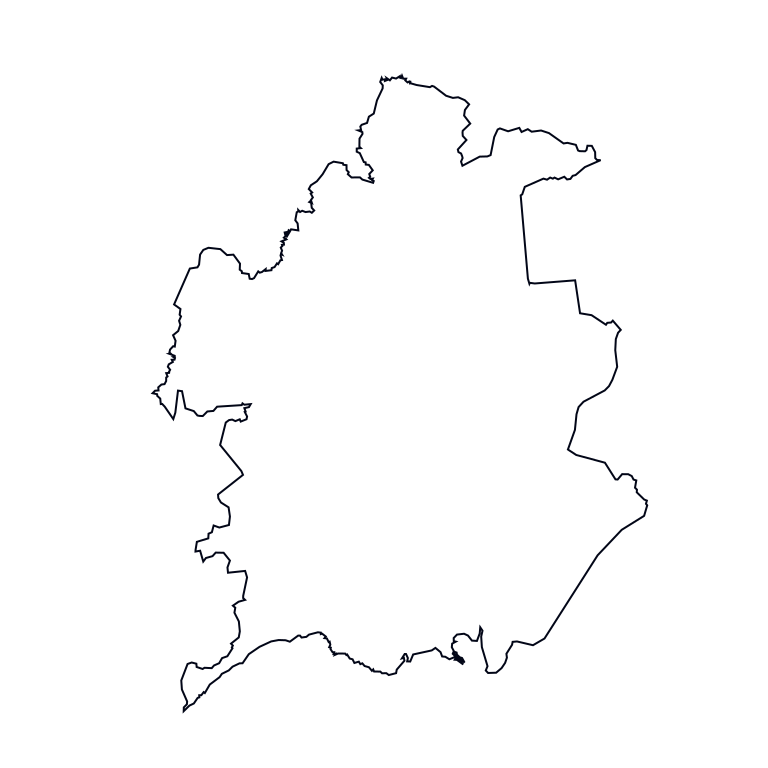 Mahates, Bolívar, Colombia, rotated 171°
{"feature_id": "7082276B15071329852388", "entity_name": "Mahates", "entity_type": "district", "adm_level": 2, "iso_a3": "COL", "parent_name": "Colombia", "parent_adm1": "Bolívar", "projection": "orthographic", "projection_center": [-75.154, 10.168], "detail": "fine", "context": "isolated", "style": "outline", "palette": "ink", "viewbox_px": 768, "rotation_deg": 171, "n_neighbors": 0, "source": "geoboundaries", "source_scale": "gbopen_adm2", "svg_char_len": 6146}
<svg xmlns="http://www.w3.org/2000/svg" viewBox="0 0 768 768"><g transform="rotate(171 384 384)"><path d="M135.0,571.2L138.5,571.9L140.0,574.0L139.2,580.0L141.5,586.7L145.8,587.5L147.4,583.4L149.0,582.4L154.4,583.4L155.8,584.3L157.1,590.2L165.1,593.5L169.0,593.5L181.8,606.0L189.2,609.8L198.7,610.1L202.1,613.2L208.7,611.4L210.3,615.8L221.9,614.2L229.5,618.3L231.9,617.6L236.5,610.7L242.9,593.4L246.3,592.6L253.9,593.6L272.4,587.3L273.1,591.6L271.0,594.9L271.2,596.9L271.8,599.6L274.2,601.4L274.4,604.1L264.4,612.1L267.4,616.7L267.1,620.1L266.6,621.8L258.1,627.7L262.9,636.6L261.2,642.0L256.2,646.9L259.8,651.7L265.9,655.6L271.2,655.8L277.6,659.0L288.0,669.9L289.9,670.9L292.2,670.0L305.0,674.2L310.8,676.9L310.6,679.3L311.5,677.6L311.9,678.8L313.6,678.2L315.5,680.6L314.4,682.1L317.3,682.6L318.0,685.7L319.3,683.5L320.6,684.2L320.3,685.5L324.3,683.8L328.1,685.4L330.7,683.0L333.4,685.6L332.9,683.8L335.6,683.2L335.1,684.8L337.9,684.8L338.4,686.7L340.5,682.9L338.5,679.2L339.1,676.2L346.6,665.2L351.8,652.7L357.1,650.4L359.9,644.5L365.5,643.5L367.1,642.0L366.9,638.4L369.8,638.5L366.0,636.2L366.1,634.4L369.8,630.2L371.2,622.2L370.0,620.6L374.1,620.8L374.6,617.7L371.8,615.8L369.2,606.4L367.5,605.8L367.7,603.6L364.7,602.8L361.7,596.8L365.7,593.7L365.2,590.8L366.6,590.0L365.3,588.6L362.9,588.6L363.9,587.3L362.4,586.1L363.3,584.4L373.4,589.3L375.4,591.8L383.8,593.1L386.9,596.9L385.7,598.7L387.5,601.2L386.8,606.0L389.9,606.9L390.1,608.5L399.0,611.5L404.3,609.8L411.8,600.8L418.6,594.7L425.2,591.7L427.8,588.3L425.0,584.4L426.6,583.6L425.1,579.4L427.4,577.1L427.0,574.6L428.4,576.0L429.3,575.4L427.6,574.4L427.8,569.3L425.8,566.3L428.5,564.4L430.4,566.0L434.6,566.1L437.7,567.9L440.0,567.0L441.5,569.3L441.7,567.8L443.3,567.3L446.0,559.6L444.2,556.1L444.6,549.1L451.6,551.3L452.8,549.7L454.1,550.8L455.1,548.9L453.8,548.5L456.5,545.3L456.4,549.3L458.4,549.2L458.1,545.5L460.0,544.2L457.9,542.1L462.9,540.9L460.9,539.2L461.0,537.3L463.0,537.4L462.8,536.2L464.6,534.9L463.8,531.6L465.1,529.4L464.4,527.7L465.5,528.4L466.1,527.1L465.4,522.4L467.0,522.4L469.8,518.9L470.8,519.9L473.8,516.6L476.7,516.1L477.4,514.0L483.3,514.2L482.9,516.0L487.0,513.7L489.3,513.4L490.6,514.9L495.8,508.9L497.9,508.3L500.2,509.0L500.4,513.8L506.9,515.8L506.8,517.6L508.6,519.5L507.4,525.4L512.5,535.3L518.9,535.9L524.5,542.8L536.1,546.0L541.5,544.7L545.4,540.6L548.0,530.8L550.0,528.4L557.7,528.4L578.9,495.4L573.3,489.9L575.0,484.4L573.9,482.5L576.5,478.5L575.9,474.3L579.0,468.5L584.7,465.2L583.1,459.3L584.8,453.7L586.3,454.3L589.9,451.5L591.0,448.7L590.1,447.6L591.5,447.5L586.3,444.6L586.4,443.4L587.7,443.5L586.4,442.3L587.1,440.8L589.8,441.1L589.1,438.8L593.5,437.1L594.8,434.8L593.0,431.5L594.8,429.2L593.7,428.6L597.4,428.8L596.6,425.3L598.1,424.5L598.7,421.0L600.8,418.2L603.9,418.3L607.5,416.0L607.7,412.9L611.2,413.2L614.0,411.1L609.7,409.4L609.8,407.7L607.3,404.6L607.6,399.1L606.2,399.0L604.1,395.9L597.6,382.3L594.6,388.3L588.5,409.7L584.6,408.5L583.9,391.0L576.1,387.0L573.2,382.1L571.4,381.4L568.0,380.7L562.8,384.5L556.7,384.1L552.4,387.7L527.8,385.4L526.8,387.0L525.2,385.4L518.8,385.0L521.0,382.3L525.7,382.0L525.0,378.4L525.9,378.2L524.3,373.3L525.3,370.7L531.4,369.3L532.0,371.7L536.6,370.6L539.5,372.6L542.7,372.6L546.3,370.7L555.4,349.4L538.5,320.3L537.5,316.3L565.2,300.8L565.5,297.2L563.6,292.5L556.8,286.5L556.9,277.2L559.2,269.0L569.1,268.0L574.4,270.9L577.2,264.5L580.7,263.6L581.7,259.0L593.5,257.4L596.1,249.5L596.4,248.0L591.7,248.1L590.3,236.9L587.1,240.0L580.3,240.8L576.6,243.8L568.8,242.4L563.8,233.7L567.3,227.3L567.6,222.0L550.4,221.1L549.5,214.4L556.2,196.8L556.6,194.6L555.0,192.5L561.7,191.7L567.9,188.7L565.9,186.3L567.5,181.5L564.5,172.2L565.1,162.2L567.1,156.4L575.7,151.5L574.2,149.3L575.5,147.6L575.0,146.7L581.3,139.6L586.8,138.6L590.5,134.0L595.9,132.6L598.6,130.3L605.7,131.8L607.7,130.9L613.3,133.8L613.1,137.1L617.5,139.0L621.8,138.2L630.6,122.9L631.4,113.9L628.1,101.2L628.8,98.5L632.3,95.9L633.0,92.2L626.5,96.8L621.8,98.2L617.2,103.1L615.4,103.4L615.2,105.5L613.1,105.2L610.3,107.9L609.3,106.8L603.1,114.4L592.2,120.2L589.5,123.1L582.1,125.4L577.8,128.5L570.4,130.7L567.4,130.3L559.8,138.3L548.0,143.9L535.7,147.4L528.1,147.6L521.3,146.3L517.3,144.2L508.2,148.9L506.3,148.6L505.1,146.5L500.2,146.4L497.3,148.2L488.1,149.1L485.3,148.3L485.5,146.9L484.2,147.1L481.0,143.7L482.5,142.3L480.2,141.6L479.0,137.7L478.0,138.0L477.8,134.9L479.3,132.6L477.8,131.9L478.3,130.5L476.8,127.2L475.2,126.9L476.0,125.3L474.2,125.3L475.0,124.1L471.5,125.0L464.5,123.8L463.6,122.2L462.7,122.6L460.8,118.2L458.1,117.0L456.9,113.1L452.3,113.7L451.2,111.0L449.1,111.5L447.3,108.5L443.2,106.6L440.8,102.6L439.3,103.8L438.8,101.6L432.6,100.5L431.2,98.6L426.9,98.0L424.8,95.8L417.3,96.5L416.1,99.9L407.1,107.5L407.2,110.4L409.2,110.2L405.8,114.1L404.5,113.9L403.3,109.6L404.5,106.4L401.5,105.8L397.5,112.3L378.5,113.4L374.5,115.3L370.1,110.3L369.2,105.8L366.1,105.0L362.5,101.9L357.4,103.1L356.1,101.8L357.2,100.6L355.1,100.1L349.6,94.6L358.3,106.8L357.4,108.3L354.9,103.3L348.0,96.3L349.8,101.2L351.9,102.2L354.3,105.3L354.3,107.4L356.6,108.6L358.2,113.4L357.3,116.9L353.4,118.3L355.3,119.1L354.9,122.2L351.1,125.1L344.0,124.8L340.4,122.4L337.3,116.8L332.4,115.7L328.5,122.6L327.0,128.6L325.3,124.9L327.5,119.4L328.5,108.8L325.9,89.1L328.3,85.1L326.4,82.3L318.4,81.3L312.3,85.0L308.0,89.6L305.4,94.5L305.3,98.4L298.3,106.4L297.3,109.2L292.9,108.9L277.7,102.7L265.3,107.5L199.8,181.4L172.0,202.8L147.7,213.1L143.0,223.0L144.0,224.7L142.6,227.7L145.1,229.2L151.3,237.5L150.7,240.1L152.3,242.3L149.9,249.3L152.5,250.6L153.7,254.3L156.9,256.7L162.9,257.7L168.2,253.1L170.3,253.6L178.1,271.7L205.2,283.8L212.6,290.5L202.6,308.8L198.6,324.0L195.4,330.8L189.7,335.3L167.0,343.1L162.1,346.7L157.8,352.4L151.0,364.5L150.3,381.2L148.0,392.1L144.8,398.0L141.7,400.4L148.1,410.8L150.1,409.2L153.9,409.5L155.5,407.8L168.2,419.5L179.3,423.2L179.0,456.5L219.4,459.7L224.1,461.1L224.7,460.2L225.4,465.5L219.5,548.9L217.8,549.7L214.1,556.7L194.4,561.9L191.0,560.3L187.6,561.9L185.1,560.4L183.3,561.2L180.0,558.9L173.5,560.5L171.2,557.4L167.8,557.4L165.1,560.1L162.1,560.4L151.7,566.8L135.0,571.2Z" fill="none" stroke="#020617" stroke-width="2"/></g></svg>